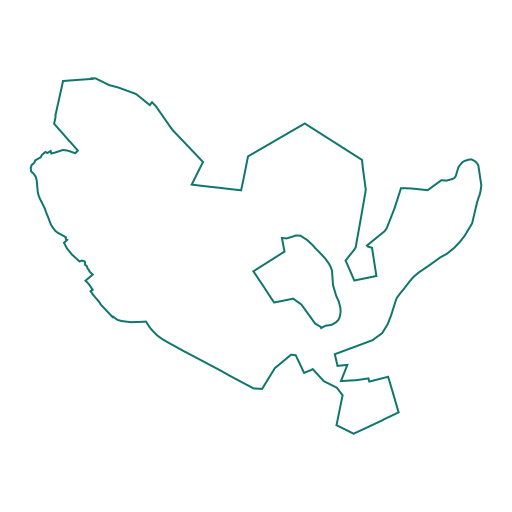 the district of Staicele, Alojas, Latvia
{"feature_id": "27541924B49532030133644", "entity_name": "Staicele", "entity_type": "district", "adm_level": 2, "iso_a3": "LVA", "parent_name": "Latvia", "parent_adm1": "Alojas", "projection": "albers", "projection_center": [24.758, 57.834], "detail": "fine", "context": "isolated", "style": "outline", "palette": "teal", "viewbox_px": 512, "rotation_deg": 0, "n_neighbors": 0, "source": "geoboundaries", "source_scale": "gbopen_adm2", "svg_char_len": 3654}
<svg xmlns="http://www.w3.org/2000/svg" viewBox="0 0 512 512"><path d="M295.7,355.2L304.1,372.9L311.6,369.8L312.7,369.1L323.8,381.2L336.8,387.7L339.7,391.5L342.6,395.2L340.1,407.5L337.6,419.8L336.5,425.2L353.6,433.7L382.4,420.3L382.6,420.2L383.7,419.5L384.8,418.9L394.0,414.6L398.6,412.3L389.0,379.5L388.5,378.2L388.1,376.8L378.7,379.2L369.3,381.6L368.8,380.0L368.4,378.4L363.7,379.1L359.1,379.8L357.6,380.0L356.2,380.2L348.5,380.6L341.0,381.1L347.3,364.9L337.5,365.9L334.8,354.2L372.3,340.3L382.1,333.2L387.6,324.4L391.3,314.8L395.5,301.3L396.8,297.9L400.5,292.9L403.6,289.3L409.7,281.3L413.5,276.9L418.6,272.6L429.2,265.4L440.4,257.3L446.7,253.9L451.4,250.2L454.4,247.7L460.1,241.6L464.7,235.7L472.1,223.4L477.2,201.9L478.4,198.1L479.8,194.4L480.6,190.8L481.3,185.2L478.4,165.8L477.5,163.9L475.8,162.0L474.6,161.0L471.5,159.4L469.1,159.6L468.0,159.9L464.6,160.9L462.3,162.3L460.5,164.4L459.5,165.7L458.3,167.5L455.9,175.7L455.0,177.2L454.3,178.0L452.7,178.9L447.1,180.5L446.5,180.5L444.6,180.5L441.4,180.2L427.7,190.2L411.6,188.5L405.1,188.2L402.5,188.3L401.0,188.2L394.5,208.4L386.7,228.3L384.6,231.2L367.0,245.5L367.9,246.6L369.2,247.0L372.0,247.8L376.4,276.0L354.3,280.5L345.6,260.5L353.9,250.1L354.3,249.5L355.6,247.5L355.7,247.1L360.2,222.1L365.8,189.9L362.9,168.4L362.0,159.9L304.8,123.5L289.0,132.6L288.5,132.9L248.0,156.4L243.5,179.1L243.3,180.1L242.2,185.2L241.1,190.3L229.5,189.0L217.8,187.6L209.2,186.7L200.6,185.7L191.7,184.6L195.6,176.8L196.2,175.5L203.0,162.0L180.2,138.0L179.3,137.1L172.9,130.4L172.8,130.2L171.1,128.0L169.5,125.8L156.0,106.4L152.0,102.2L149.8,105.1L144.7,101.0L136.2,94.1L118.0,87.4L109.4,85.2L102.5,81.8L95.6,78.4L93.9,78.3L92.1,78.3L92.3,78.6L92.4,78.9L77.7,79.9L63.0,81.0L62.9,81.7L55.5,115.1L55.5,117.4L54.1,123.8L62.2,132.9L69.4,141.2L70.4,142.1L77.9,150.6L76.6,151.9L75.2,153.2L71.2,151.8L67.2,150.5L62.8,150.0L55.3,152.5L51.3,153.5L50.6,151.0L47.5,153.0L45.3,152.0L43.6,153.5L41.9,154.9L40.7,157.3L37.8,158.9L36.7,159.5L35.2,160.4L34.3,162.7L31.7,165.0L30.9,167.2L30.7,167.9L31.1,171.3L34.0,174.2L35.8,177.0L36.7,180.3L37.1,184.5L37.8,192.4L38.9,196.4L40.4,199.8L42.1,203.0L44.7,208.3L46.3,212.9L48.2,217.4L50.7,224.1L52.0,226.4L55.3,230.9L57.8,232.8L63.7,236.0L65.9,237.3L65.7,238.3L65.8,239.0L66.5,239.6L67.1,239.9L64.0,242.8L64.4,243.5L66.8,248.2L71.9,254.5L79.6,261.5L81.4,260.7L83.7,260.9L84.8,261.7L85.0,262.7L84.9,264.0L85.0,264.6L85.2,265.0L86.6,265.8L87.0,266.7L87.6,268.5L89.3,270.7L89.5,271.5L92.7,274.6L85.5,280.7L88.0,283.2L89.5,285.1L92.7,289.8L90.6,291.2L91.8,292.8L92.9,294.5L95.0,297.1L97.2,299.6L98.5,301.2L99.8,302.7L100.7,304.5L112.7,317.2L113.0,317.0L113.2,316.7L114.3,317.6L115.4,318.4L116.6,319.2L117.9,320.1L119.7,320.5L121.5,321.0L125.9,321.6L130.4,322.1L132.4,322.1L134.4,322.1L140.2,321.9L146.0,321.6L147.7,324.3L149.4,326.9L150.4,328.2L151.7,329.8L154.6,332.8L157.0,335.2L159.6,337.2L162.9,339.5L166.3,341.5L169.5,343.3L177.6,347.7L184.7,351.7L185.5,352.0L221.2,370.9L227.6,374.5L228.9,375.3L252.2,387.7L252.8,388.1L253.4,388.4L262.1,388.9L274.8,368.2L291.1,354.7L295.7,355.2ZM288.1,299.7L283.8,300.6L274.1,302.5L271.0,297.9L270.2,296.6L265.8,290.0L263.6,286.5L263.3,286.1L253.4,271.3L284.5,251.6L283.2,244.8L281.9,238.0L286.7,238.4L296.1,235.5L300.5,235.7L307.3,240.1L312.4,244.9L315.4,248.3L319.6,252.5L325.2,258.5L328.9,263.6L330.8,267.3L332.0,270.7L333.0,285.1L336.1,295.6L338.8,301.6L340.4,308.0L340.6,311.7L340.1,315.3L339.4,318.0L338.1,320.2L335.7,322.5L332.6,324.3L331.6,324.8L328.1,325.4L325.6,325.7L322.3,327.4L321.2,328.1L320.7,326.9L316.7,324.5L315.0,323.4L303.9,308.0L301.3,304.5L293.1,298.6L292.1,298.9L288.1,299.7Z" fill="none" stroke="#0f766e" stroke-width="2"/></svg>